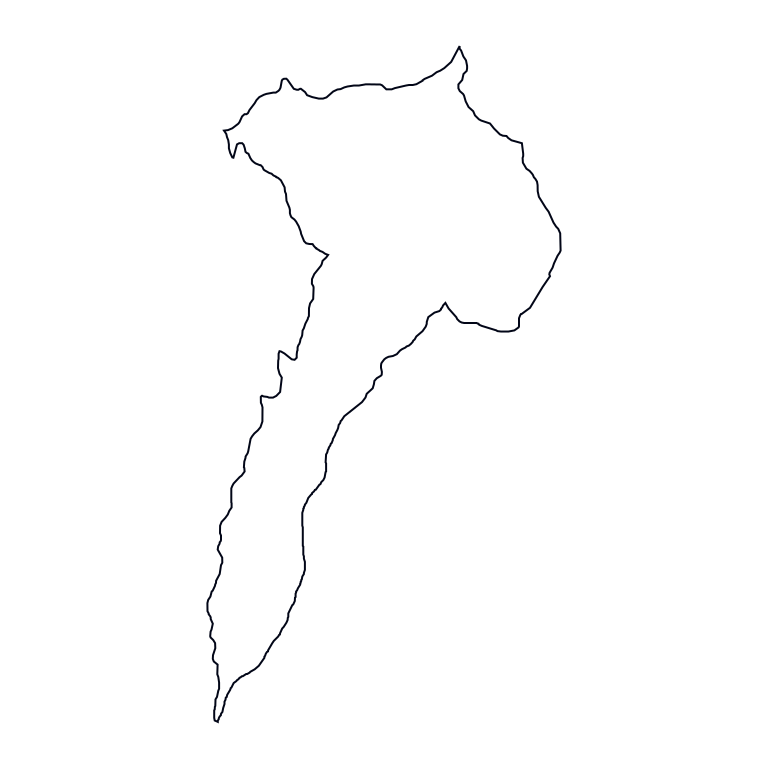 outline of Sarchi, Alajuela, Costa Rica
{"feature_id": "36466004B48608079710211", "entity_name": "Sarchi", "entity_type": "district", "adm_level": 2, "iso_a3": "CRI", "parent_name": "Costa Rica", "parent_adm1": "Alajuela", "projection": "robinson", "projection_center": [-84.309, 10.161], "detail": "fine", "context": "isolated", "style": "outline", "palette": "ink", "viewbox_px": 768, "rotation_deg": 0, "n_neighbors": 0, "source": "geoboundaries", "source_scale": "gbopen_adm2", "svg_char_len": 6051}
<svg xmlns="http://www.w3.org/2000/svg" viewBox="0 0 768 768"><path d="M521.9,143.2L511.5,140.3L508.2,138.0L506.5,136.0L502.8,135.7L499.9,134.4L494.0,128.5L490.0,123.5L481.3,120.6L478.9,119.3L475.0,115.4L473.2,111.2L468.6,107.1L465.7,101.4L464.0,95.5L463.1,94.0L459.8,91.1L458.4,88.3L458.4,84.4L462.2,80.0L463.5,74.0L466.7,70.9L467.1,68.3L467.1,65.9L466.0,60.4L463.4,56.5L461.1,50.5L459.6,48.7L459.6,46.1L451.2,61.9L444.3,68.1L440.2,70.7L436.6,72.2L432.0,75.7L424.6,78.9L422.6,80.3L422.6,80.7L416.4,84.2L412.8,85.0L409.0,85.0L406.1,85.5L394.9,88.1L391.8,89.3L386.3,89.3L382.1,85.3L380.3,84.5L365.9,84.3L359.1,85.5L354.1,85.5L347.5,86.5L344.3,87.4L340.6,89.1L337.4,89.5L333.2,91.5L326.5,97.4L323.0,98.6L318.8,98.6L312.3,97.1L307.1,95.2L305.1,92.1L300.9,88.8L300.1,88.8L298.2,89.8L296.6,89.7L293.8,88.8L287.5,79.8L286.3,78.7L283.9,78.8L282.4,79.6L281.8,80.7L280.5,87.7L279.5,89.7L278.4,90.9L275.8,92.6L273.3,92.6L266.4,93.9L263.8,94.8L259.3,97.1L256.5,100.1L254.7,103.2L249.5,110.0L247.9,113.2L246.5,114.2L244.5,114.2L242.1,116.4L239.5,122.1L238.3,123.7L232.3,128.3L228.0,130.1L224.0,130.6L226.3,134.0L227.0,137.1L228.2,140.1L228.9,144.5L228.9,148.3L230.2,153.0L232.3,157.4L233.4,157.7L237.0,144.4L239.2,143.2L242.2,143.2L243.6,144.7L244.8,148.3L245.5,151.8L246.8,153.0L248.4,153.7L250.3,158.0L251.9,160.4L253.6,162.0L255.5,163.4L259.7,165.1L260.6,165.1L262.5,167.0L263.6,169.5L264.4,170.2L269.3,173.0L271.6,173.7L273.4,175.4L276.3,176.8L276.3,177.2L278.1,177.9L280.9,180.3L284.6,187.3L285.0,191.6L286.0,194.0L286.5,200.8L289.4,207.7L289.9,209.9L289.9,213.2L290.5,215.3L291.4,217.2L294.4,219.5L296.1,221.6L298.7,226.2L300.7,231.6L301.1,233.8L304.1,241.2L306.2,243.3L309.3,244.0L312.6,244.1L313.8,245.9L315.8,248.1L316.2,248.1L316.2,248.5L319.0,250.1L319.9,250.9L322.5,251.9L325.2,253.8L328.1,254.9L326.2,257.5L322.6,260.8L321.7,264.2L320.9,265.8L314.3,274.0L312.0,279.1L311.9,283.8L313.4,286.4L313.6,287.8L313.2,299.0L310.1,303.4L309.0,308.1L308.9,316.1L307.9,318.1L307.8,319.0L305.4,323.6L303.8,328.4L302.6,330.5L302.2,335.2L301.7,336.8L300.5,339.2L300.0,341.9L299.2,344.1L298.4,345.1L297.6,347.2L297.5,350.5L297.1,351.2L296.7,354.4L296.7,357.7L294.6,359.8L291.7,359.3L284.5,353.5L281.0,351.5L279.5,351.2L278.6,353.7L278.6,358.9L278.2,360.6L278.0,368.1L279.5,373.8L281.8,377.6L280.1,392.0L276.3,395.9L273.0,397.6L269.0,397.6L267.3,396.9L263.3,396.4L262.4,395.8L261.8,395.8L260.8,396.9L260.9,402.8L261.8,404.7L262.5,407.4L262.4,421.5L260.5,427.1L257.8,430.4L254.3,433.5L252.1,436.3L250.6,438.8L248.2,451.4L247.6,453.3L245.6,456.5L245.5,457.9L244.3,461.6L243.9,467.4L244.3,467.9L244.6,471.5L241.6,475.6L239.6,477.1L233.6,483.5L232.3,485.9L231.3,488.4L231.3,502.5L231.6,503.1L231.6,507.5L229.3,510.8L227.8,514.5L225.3,517.9L221.6,521.9L220.1,525.7L220.0,533.2L221.0,535.5L221.0,540.0L220.6,541.3L219.7,542.3L219.6,543.7L218.2,546.2L217.7,549.6L222.2,557.6L222.3,562.7L221.0,565.2L219.7,574.0L216.1,580.8L216.0,582.9L215.2,584.5L215.0,585.8L212.7,590.7L211.7,591.5L210.4,596.6L208.2,599.9L207.4,603.1L207.5,611.2L208.7,613.5L208.7,614.3L210.3,616.4L210.7,617.5L210.7,619.0L212.8,623.7L211.5,629.6L210.6,631.6L210.2,636.2L210.6,637.5L213.2,640.0L215.1,643.1L215.3,648.2L213.0,655.2L212.8,658.9L213.8,661.5L217.6,664.6L217.3,674.3L218.3,677.0L219.1,682.6L219.1,688.8L218.3,690.7L217.0,696.9L215.5,699.4L215.3,706.0L214.9,706.7L214.7,709.5L214.2,710.3L214.2,717.9L214.7,720.5L217.8,721.9L217.8,720.6L218.7,719.3L218.8,718.2L219.6,716.6L220.9,715.2L220.9,714.1L221.4,713.2L222.4,712.0L223.2,708.0L224.5,704.0L224.5,701.7L225.5,699.7L225.8,697.6L226.7,697.0L227.2,694.8L230.2,689.8L230.7,688.1L231.4,687.6L233.7,683.0L236.2,681.2L237.4,679.8L238.3,679.4L239.6,677.7L240.4,677.5L241.8,676.3L242.8,676.2L246.2,674.0L247.2,674.0L249.6,672.6L250.3,671.8L254.7,669.3L258.8,665.8L264.4,657.8L264.4,656.6L265.1,655.8L265.8,653.7L267.0,651.9L268.0,651.4L268.1,650.3L272.2,643.3L273.8,640.9L278.2,636.5L279.1,634.9L279.9,634.5L280.0,633.4L282.2,628.5L283.7,626.9L286.4,622.7L287.6,620.0L287.8,617.8L288.3,616.9L288.3,613.4L292.3,605.1L293.2,604.5L294.8,601.0L295.0,597.6L295.6,597.0L295.6,593.6L296.1,592.6L296.1,591.5L297.1,590.3L297.9,588.3L300.2,584.6L300.2,583.4L300.7,582.8L300.7,581.7L301.2,581.1L301.3,579.9L301.8,579.4L302.3,576.5L303.9,574.0L303.9,572.9L304.9,569.9L304.9,561.8L303.9,558.6L303.9,556.3L303.3,554.6L303.3,546.5L302.8,545.9L302.8,527.3L302.3,525.6L302.3,512.8L303.3,509.8L303.3,508.6L303.9,508.0L303.9,506.9L304.8,505.6L304.9,504.6L306.3,502.9L308.3,497.9L311.2,494.5L312.0,494.0L312.1,493.0L314.0,491.4L314.9,489.9L315.8,489.7L319.4,484.7L320.4,484.2L321.3,482.1L323.3,480.1L324.6,477.5L325.6,472.0L326.1,471.5L326.1,463.3L325.6,462.4L326.1,454.4L327.2,452.6L328.0,449.5L328.7,448.7L328.8,447.6L330.3,445.4L330.8,443.7L331.6,443.1L332.8,440.1L332.9,439.0L335.0,435.2L335.7,433.1L337.3,430.1L338.1,428.1L338.7,424.9L340.1,423.1L340.7,421.0L341.5,420.4L344.3,416.2L362.0,402.1L365.5,397.5L366.7,393.8L372.7,388.3L373.9,384.3L374.4,380.9L376.8,378.2L380.8,375.8L381.7,374.8L381.9,371.9L381.0,367.8L381.0,365.6L381.3,363.4L382.3,361.9L384.3,359.3L386.2,357.9L388.5,356.8L392.9,356.0L396.8,354.2L400.0,350.6L402.0,349.2L405.5,347.5L406.5,346.5L408.9,345.6L411.0,343.8L412.7,341.9L413.2,340.7L414.7,339.4L416.3,336.5L422.5,331.2L425.7,326.7L426.7,324.0L426.8,321.8L428.3,317.1L434.5,312.6L439.3,311.1L441.0,309.5L441.0,308.8L442.2,307.4L443.1,305.4L445.4,302.9L448.6,308.5L456.3,317.2L457.2,319.1L459.5,321.4L461.6,322.5L464.1,323.0L476.7,323.0L477.8,323.7L478.5,323.7L479.1,324.7L481.8,325.9L496.4,330.4L497.4,331.1L500.7,331.5L508.6,331.5L514.4,330.4L518.6,327.4L519.0,326.3L519.0,318.2L520.3,315.0L521.0,314.0L521.6,314.0L530.0,307.8L542.6,287.0L550.0,276.2L549.3,274.4L549.6,272.8L552.6,267.6L554.0,263.4L557.6,255.7L559.7,252.6L560.6,250.6L560.2,233.3L558.2,228.8L556.1,226.6L553.5,222.6L548.6,211.7L545.7,207.8L538.9,196.8L537.7,191.3L537.6,185.1L537.0,181.6L535.3,178.8L533.9,177.3L532.9,174.9L531.9,173.5L529.6,170.9L526.4,168.7L522.9,162.7L522.6,158.0L523.2,156.1L523.2,153.7L521.9,143.2Z" fill="none" stroke="#020617" stroke-width="2"/></svg>